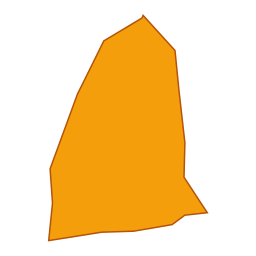 the Municipality of Al Jifarah
{"feature_id": "LBY-2973", "entity_name": "Al Jifarah", "entity_type": "Municipality", "adm_level": 1, "iso_a3": "LBY", "parent_name": "Libya", "parent_adm1": "", "projection": "equal_earth", "projection_center": [13.064, 32.491], "detail": "fine", "context": "isolated", "style": "filled", "palette": "amber", "viewbox_px": 256, "rotation_deg": 0, "n_neighbors": 0, "source": "natural_earth", "source_scale": "10m", "svg_char_len": 348}
<svg xmlns="http://www.w3.org/2000/svg" viewBox="0 0 256 256"><path d="M207.3,212.7L184.8,215.2L172.1,224.6L133.6,231.2L101.4,232.2L48.7,240.6L52.5,203.1L50.1,168.8L77.5,94.0L87.8,73.3L103.8,40.9L142.0,18.0L143.1,15.4L175.0,50.5L179.0,90.8L184.9,142.9L184.0,177.2L202.0,204.7L207.3,212.7Z" fill="#f59e0b" stroke="#b45309" stroke-width="1.5"/></svg>